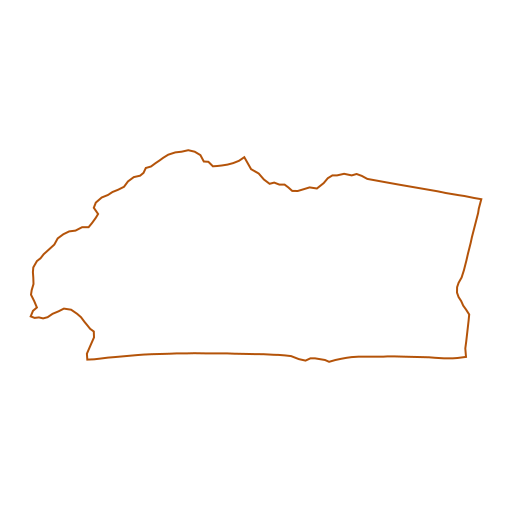 Saquarema, Rio de Janeiro, Brazil (Mercator projection)
{"feature_id": "56859067B78416297759673", "entity_name": "Saquarema", "entity_type": "district", "adm_level": 2, "iso_a3": "BRA", "parent_name": "Brazil", "parent_adm1": "Rio de Janeiro", "projection": "mercator", "projection_center": [-42.533, -22.871], "detail": "fine", "context": "isolated", "style": "outline", "palette": "amber", "viewbox_px": 512, "rotation_deg": 0, "n_neighbors": 0, "source": "geoboundaries", "source_scale": "gbopen_adm2", "svg_char_len": 2206}
<svg xmlns="http://www.w3.org/2000/svg" viewBox="0 0 512 512"><path d="M367.3,178.9L361.8,175.9L356.6,174.0L351.7,175.4L344.1,173.8L337.0,175.4L332.4,175.4L327.8,178.2L323.7,183.1L316.9,188.5L309.6,187.4L303.4,189.3L297.7,191.0L292.2,190.9L288.3,187.4L284.6,184.6L279.4,184.6L274.2,182.6L269.6,183.8L263.9,179.5L258.7,173.5L251.1,169.2L244.3,157.2L239.0,160.8L233.2,163.1L227.5,164.6L221.7,165.5L217.3,166.0L212.9,166.3L208.4,161.8L203.8,161.5L200.4,155.1L194.7,151.7L188.3,150.2L181.6,151.7L175.3,152.4L168.2,154.7L163.2,157.8L159.5,160.5L155.6,163.1L151.0,166.5L145.8,168.0L143.5,172.9L140.1,175.7L133.8,177.1L128.0,181.4L124.0,186.8L118.0,189.8L112.5,192.0L107.9,195.0L101.7,197.5L95.8,202.6L93.8,207.8L98.1,214.0L95.8,217.8L92.2,222.8L88.6,227.2L82.1,227.2L75.5,230.6L69.2,231.4L63.4,234.2L57.7,238.4L54.3,244.6L49.9,248.6L43.7,254.2L40.6,258.2L36.9,261.1L33.3,267.4L32.9,272.1L33.3,277.8L33.5,284.0L31.7,290.1L31.0,294.7L34.2,301.1L36.9,307.5L33.0,310.8L30.7,316.4L34.6,317.9L38.9,317.4L43.1,318.4L47.6,317.2L52.6,313.8L58.6,311.3L63.9,308.6L71.1,309.7L77.1,313.8L81.0,317.2L84.5,321.9L87.4,325.4L90.1,328.8L93.8,331.5L94.0,337.4L89.4,347.9L86.9,353.7L87.3,359.6L94.2,359.3L100.2,358.6L108.1,357.6L114.5,357.1L128.0,355.9L136.9,355.1L143.4,354.6L151.7,354.2L163.5,353.9L170.3,353.7L176.6,353.4L182.4,353.4L186.7,353.4L194.3,353.2L206.5,353.4L213.2,353.4L218.2,353.4L226.9,353.4L234.2,353.7L244.5,353.9L253.9,354.1L263.5,354.2L274.0,354.8L278.5,354.9L284.9,355.4L291.1,356.1L298.8,359.1L305.5,360.6L310.5,358.3L314.8,358.3L319.6,359.1L325.0,360.0L329.1,361.8L335.4,360.0L341.1,358.8L346.6,357.8L351.6,357.1L358.1,356.7L367.1,356.7L376.5,356.7L382.8,356.7L387.4,356.4L394.3,356.4L404.9,356.7L412.9,356.9L421.4,357.1L429.2,357.3L435.1,357.8L443.4,358.3L448.6,358.3L453.2,358.3L457.5,358.0L466.0,356.9L465.3,348.4L466.2,341.7L468.6,320.6L469.2,314.5L466.0,309.5L463.2,305.6L461.2,301.1L458.6,297.1L457.0,292.6L457.1,287.2L458.6,282.8L461.6,277.5L463.9,270.3L466.4,260.5L468.0,253.5L469.4,248.0L470.7,242.8L471.9,237.2L478.1,213.1L478.8,208.6L481.3,199.2L474.2,198.0L464.4,196.0L458.9,195.2L445.7,193.0L437.6,191.3L398.8,184.6L386.5,182.4L367.3,178.9Z" fill="none" stroke="#b45309" stroke-width="2"/></svg>